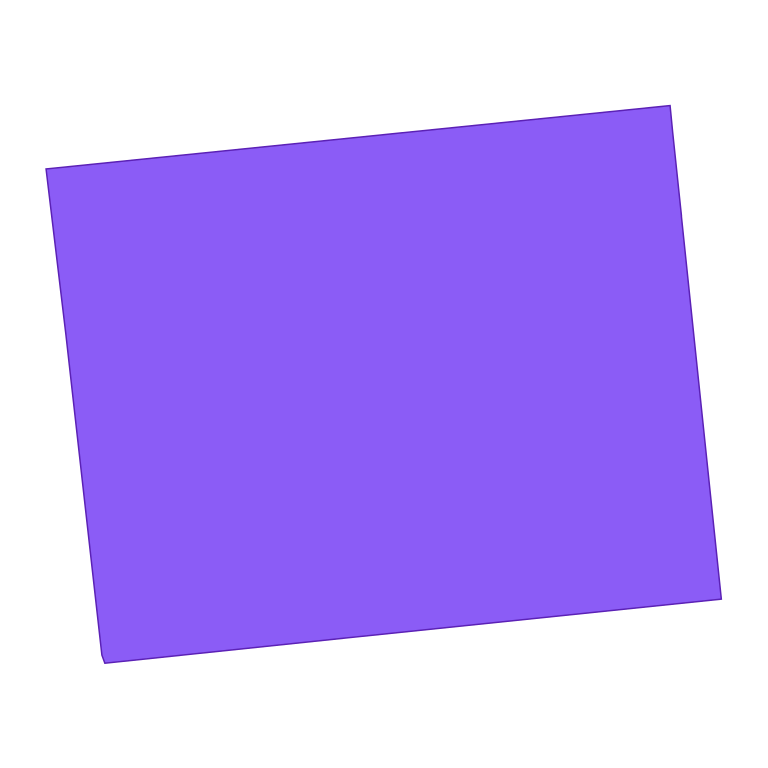 outline of Benton, Indiana, United States of America, rotated 174°
{"feature_id": "52423323B35490357444404", "entity_name": "Benton", "entity_type": "district", "adm_level": 2, "iso_a3": "USA", "parent_name": "United States of America", "parent_adm1": "Indiana", "projection": "mercator", "projection_center": [-87.341, 40.606], "detail": "fine", "context": "isolated", "style": "filled", "palette": "violet", "viewbox_px": 768, "rotation_deg": 174, "n_neighbors": 0, "source": "geoboundaries", "source_scale": "gbopen_adm2", "svg_char_len": 320}
<svg xmlns="http://www.w3.org/2000/svg" viewBox="0 0 768 768"><g transform="rotate(174 384 384)"><path d="M695.2,467.1L692.9,143.9L690.8,135.5L446.0,135.4L71.0,134.8L70.7,519.5L70.6,520.1L70.6,603.0L70.6,603.7L70.4,630.5L70.4,631.0L697.6,633.2L695.2,467.1Z" fill="#8b5cf6" stroke="#5b21b6" stroke-width="1.5"/></g></svg>